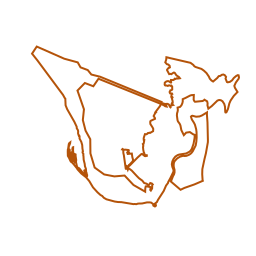 outline of Dumyat, Dumyat, Egypt, rotated 187°
{"feature_id": "37247803B80197492831052", "entity_name": "Dumyat", "entity_type": "district", "adm_level": 2, "iso_a3": "EGY", "parent_name": "Egypt", "parent_adm1": "Dumyat", "projection": "equal_earth", "projection_center": [31.855, 31.44], "detail": "fine", "context": "isolated", "style": "outline", "palette": "amber", "viewbox_px": 256, "rotation_deg": 187, "n_neighbors": 0, "source": "geoboundaries", "source_scale": "gbopen_adm2", "svg_char_len": 5725}
<svg xmlns="http://www.w3.org/2000/svg" viewBox="0 0 256 256"><g transform="rotate(187 128 128)"><path d="M228.5,197.7L232.3,190.1L226.1,184.0L196.5,152.9L194.5,150.1L193.8,149.5L192.7,142.9L190.7,139.3L182.0,127.6L179.1,123.0L178.8,121.4L177.6,120.0L177.1,118.8L176.9,116.6L176.4,115.4L175.9,114.4L175.6,114.6L175.1,114.0L174.8,111.6L172.7,108.6L171.4,105.6L170.7,102.0L169.9,99.4L170.1,99.2L170.1,98.0L169.1,96.8L169.1,95.6L168.8,94.8L168.1,91.0L166.6,87.1L166.1,84.9L164.8,82.3L164.0,78.5L163.6,78.3L163.3,77.1L162.8,76.3L162.8,75.1L163.0,74.9L163.7,75.3L164.9,78.9L165.4,80.1L165.9,80.7L166.2,80.5L164.9,76.7L165.1,76.1L165.4,76.1L167.0,77.6L171.4,82.0L172.3,82.3L172.6,82.1L173.3,82.7L174.0,83.7L175.5,87.9L175.5,89.9L176.6,93.8L176.8,95.4L177.5,95.6L177.3,92.7L176.9,89.3L176.4,87.5L176.6,87.3L177.2,88.9L177.4,90.1L178.6,92.1L178.7,94.1L179.8,99.1L180.1,102.2L180.5,102.0L180.7,100.3L180.0,97.7L179.9,95.9L179.1,93.5L179.1,91.7L178.8,90.5L178.6,88.6L179.3,88.8L180.2,90.4L180.5,92.2L180.5,93.7L181.0,95.3L180.9,97.1L181.6,96.3L181.6,95.6L181.0,92.6L181.4,91.7L181.9,92.8L181.9,93.8L182.3,95.6L182.7,95.4L182.7,93.8L182.0,92.6L182.1,91.4L182.6,92.0L183.2,94.0L183.0,98.2L183.3,99.4L183.8,99.6L183.7,95.4L184.1,95.6L184.2,96.6L184.5,102.3L183.6,105.7L183.6,106.7L184.4,105.9L184.8,104.9L184.9,100.2L185.1,99.2L184.9,97.0L184.3,93.0L182.8,91.0L181.2,88.4L180.6,87.6L179.4,87.0L177.5,85.4L173.5,81.5L173.2,80.9L168.9,77.2L163.5,73.9L159.9,70.5L155.5,64.8L150.5,60.5L147.1,58.1L145.3,57.4L143.5,55.8L140.7,54.6L132.3,53.4L129.0,53.3L125.5,53.6L113.3,53.1L112.1,53.4L110.5,53.4L108.8,54.2L104.8,54.8L100.0,56.5L97.1,56.8L96.0,56.8L93.6,55.5L93.6,54.6L93.3,54.0L91.7,53.4L90.8,54.3L91.2,55.5L92.6,55.7L90.3,58.0L89.5,60.3L84.9,69.8L83.2,75.5L81.6,78.3L81.5,79.3L79.9,83.3L77.7,89.8L77.6,91.0L77.8,92.1L79.3,94.9L80.1,97.4L79.9,100.2L79.0,102.9L77.5,105.4L75.5,107.1L73.9,107.9L67.2,109.8L64.3,111.8L63.1,113.1L62.1,115.2L61.0,120.4L60.7,126.2L60.9,129.3L62.6,129.7L66.1,131.5L69.7,130.5L71.7,127.7L74.8,132.4L76.3,137.0L77.3,138.6L79.2,140.6L79.8,141.8L81.0,146.4L81.1,148.6L80.8,150.2L80.7,151.9L81.3,154.3L79.0,155.2L77.8,156.9L77.1,159.1L76.9,161.0L77.2,163.3L74.8,164.7L70.4,167.7L69.2,168.3L66.7,168.8L66.3,164.1L65.4,162.7L64.7,162.2L57.2,163.9L56.0,164.8L55.6,165.4L52.7,164.1L52.0,162.2L51.9,160.2L50.6,157.0L47.6,159.9L42.6,166.1L41.0,166.9L39.3,166.9L37.5,166.1L35.4,163.6L34.3,160.9L33.4,155.7L33.1,155.3L32.7,155.3L32.2,155.7L31.1,159.0L30.4,164.8L29.5,167.8L26.9,172.8L23.7,177.1L26.8,181.0L27.6,182.8L26.5,186.3L24.2,190.4L24.0,191.8L24.7,193.8L25.6,193.8L27.1,192.7L29.1,190.5L30.5,188.0L32.5,186.2L34.6,185.5L35.4,185.7L37.2,188.9L36.9,190.7L38.5,192.3L39.9,192.7L41.4,192.2L42.7,191.0L44.3,190.5L45.5,188.5L49.2,184.5L50.9,185.3L52.8,186.9L54.0,188.9L56.8,192.1L59.7,194.2L62.3,195.6L68.4,196.8L69.7,197.4L70.9,198.6L73.9,200.3L98.5,202.9L98.4,200.5L99.0,197.7L97.2,196.1L95.8,195.9L94.3,194.9L93.8,193.3L94.2,192.9L94.7,192.9L95.4,192.1L96.3,190.7L96.3,190.2L93.7,186.5L92.5,186.9L91.5,186.7L90.4,187.8L89.3,188.6L88.8,188.6L88.3,188.4L86.4,186.2L83.5,184.7L82.6,183.7L84.7,183.1L85.8,183.2L86.8,182.4L87.7,182.6L88.2,181.6L88.9,181.1L91.2,180.9L91.2,179.9L90.7,178.7L90.9,178.3L91.4,178.4L93.3,179.4L94.2,179.4L95.6,178.9L97.0,177.5L96.9,175.5L96.5,174.9L96.0,174.7L95.0,174.9L93.6,174.6L92.9,175.2L91.7,175.4L90.8,175.0L90.1,175.4L89.2,174.5L88.8,171.6L89.5,170.8L90.5,170.6L91.1,168.8L90.7,167.9L90.2,167.4L88.6,167.6L88.3,167.2L88.7,167.0L88.9,164.2L88.5,163.6L87.7,164.0L87.5,163.8L88.0,162.6L87.0,160.2L86.7,158.6L87.2,158.5L87.6,157.3L86.1,156.3L88.3,155.5L88.7,155.1L88.2,153.9L88.3,153.7L89.0,154.2L90.2,156.2L91.6,156.8L94.7,156.3L95.6,156.7L96.8,156.5L96.1,155.9L93.4,155.3L92.7,154.8L92.3,154.0L93.7,154.1L95.1,154.9L98.2,155.9L97.7,156.7L97.7,157.9L162.0,175.5L170.9,176.6L175.0,180.6L182.5,182.4L185.9,187.0L199.7,189.0L228.5,197.7ZM98.2,155.9L98.9,153.7L102.7,147.1L102.2,146.9L102.9,145.9L104.0,143.0L102.5,141.2L102.3,140.4L106.0,138.1L106.6,137.5L106.7,136.7L106.3,134.7L103.5,131.3L102.8,130.1L102.7,127.9L105.5,125.8L105.8,126.0L107.8,125.3L108.0,124.7L109.0,124.0L110.4,124.0L111.0,121.1L111.2,119.7L110.9,118.1L110.4,118.1L110.4,116.7L110.6,114.3L111.3,113.9L110.6,112.1L110.8,111.0L110.2,108.2L109.3,105.6L109.0,105.4L108.3,103.8L107.3,103.0L106.1,103.3L105.9,102.7L107.1,102.2L108.0,102.2L110.9,104.0L111.6,103.7L114.8,100.0L121.6,91.1L122.7,90.1L122.8,90.7L122.5,91.5L122.1,91.7L119.3,95.5L119.1,97.1L120.1,99.5L121.1,103.1L125.1,102.2L125.8,103.6L125.4,104.0L124.0,103.2L123.7,103.4L125.2,105.2L124.9,105.2L124.5,105.8L124.7,106.2L127.8,106.2L129.4,105.9L130.9,106.5L131.1,106.1L130.6,106.1L129.9,104.9L129.6,102.7L128.8,100.5L125.3,87.4L125.0,87.2L124.8,87.4L124.9,90.2L124.1,89.9L123.4,88.1L123.4,87.3L123.1,86.7L122.7,88.3L119.1,86.2L113.4,81.4L111.0,79.5L107.4,77.5L105.3,75.4L102.9,75.0L100.5,73.9L99.9,74.5L99.2,76.1L97.5,75.8L96.6,75.0L97.0,74.6L96.7,70.9L97.7,68.7L98.4,69.3L98.2,71.5L98.6,72.1L102.9,72.4L103.3,72.2L103.5,70.4L103.2,66.9L115.6,72.1L125.6,80.4L135.6,78.3L146.0,79.0L156.3,84.7L162.2,98.2L164.1,112.3L169.8,120.2L173.8,130.4L174.0,141.2L182.7,159.0L176.3,167.4L167.5,165.2L163.3,173.3L98.2,155.9ZM78.9,80.1L68.3,73.1L64.7,75.4L55.2,80.1L47.3,84.7L47.6,85.3L48.7,91.1L49.2,96.2L48.3,106.5L47.6,112.4L47.0,123.6L47.2,125.6L49.8,143.3L51.3,150.9L51.5,153.1L56.2,149.4L58.4,148.2L61.8,147.5L65.5,148.0L66.3,147.7L66.9,146.9L65.7,144.3L63.3,141.4L62.0,139.5L60.2,135.1L59.5,132.4L58.7,126.9L58.5,122.9L58.7,118.9L60.9,112.8L61.9,111.1L62.9,109.9L64.4,108.7L66.6,107.5L68.4,107.1L70.0,107.1L73.0,105.8L75.5,103.8L77.6,100.9L78.2,99.3L78.2,96.8L77.8,94.8L76.7,92.1L76.4,89.5L76.7,87.5L77.4,85.9L78.9,80.1Z" fill="none" stroke="#b45309" stroke-width="2"/></g></svg>